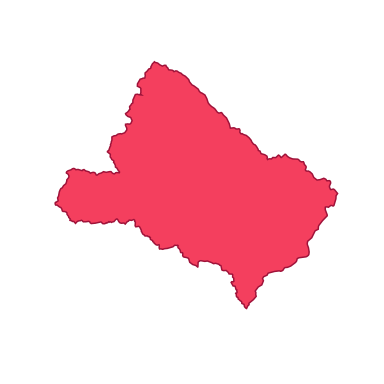 the district of Wiang Haeng, Chiang Mai, Thailand, rotated 321°
{"feature_id": "78962969B7919443073528", "entity_name": "Wiang Haeng", "entity_type": "district", "adm_level": 2, "iso_a3": "THA", "parent_name": "Thailand", "parent_adm1": "Chiang Mai", "projection": "mercator", "projection_center": [98.614, 19.591], "detail": "fine", "context": "isolated", "style": "filled", "palette": "rose", "viewbox_px": 384, "rotation_deg": 321, "n_neighbors": 0, "source": "geoboundaries", "source_scale": "gbopen_adm2", "svg_char_len": 6021}
<svg xmlns="http://www.w3.org/2000/svg" viewBox="0 0 384 384"><g transform="rotate(321 192 192)"><path d="M244.7,67.1L243.8,67.4L242.1,67.4L238.7,68.9L238.3,69.6L237.4,69.8L235.9,69.2L232.8,69.9L230.6,69.9L229.6,70.9L229.3,71.7L227.2,73.7L226.5,73.5L225.7,72.7L224.5,72.5L222.7,71.7L217.7,73.6L216.1,75.4L217.4,78.2L217.4,79.3L214.9,82.5L213.6,83.3L213.9,84.9L212.0,83.0L211.1,81.6L209.3,80.6L204.0,83.3L202.1,85.5L200.7,85.4L198.8,86.1L197.5,86.2L197.0,86.6L195.9,88.7L195.2,88.6L193.8,89.1L191.9,89.4L190.2,89.2L189.6,89.3L189.3,90.5L189.7,92.9L191.1,95.2L191.2,95.8L190.3,98.9L187.8,100.1L187.1,100.2L185.9,99.8L185.0,98.7L183.0,97.5L182.2,98.4L181.5,101.3L180.4,102.7L177.0,103.6L173.7,102.5L173.2,101.7L171.1,100.5L170.2,100.3L168.7,100.4L166.6,99.2L164.4,98.8L162.4,101.3L160.7,102.3L160.0,103.1L158.5,103.8L157.8,104.9L156.6,105.3L153.7,107.2L151.9,107.2L151.5,107.6L152.3,111.3L150.5,113.2L150.4,115.2L150.1,116.3L150.8,118.4L150.7,118.9L149.7,119.6L149.7,121.1L149.1,123.3L148.2,124.4L148.7,126.3L148.2,129.0L148.4,130.5L147.9,131.2L147.6,131.3L145.6,129.4L144.7,129.0L143.4,129.1L142.9,128.9L142.0,127.3L141.9,125.2L141.1,124.5L137.7,122.7L136.0,120.5L133.6,120.2L131.2,119.2L129.0,119.2L128.3,118.6L128.7,116.7L128.6,115.7L127.6,114.5L125.7,113.6L124.9,113.5L124.6,111.4L122.6,108.6L122.2,106.6L121.2,106.1L120.4,106.4L119.7,105.8L117.7,102.8L115.7,101.5L115.5,100.1L115.0,99.3L113.8,98.7L111.9,98.6L109.0,97.5L107.3,97.4L106.4,98.0L106.3,98.4L106.7,99.2L106.9,100.6L106.4,102.2L105.2,103.2L102.3,103.8L101.5,104.7L99.2,106.2L96.2,106.2L93.8,107.1L92.3,106.8L91.2,107.2L89.1,108.3L85.7,111.2L83.8,112.0L82.6,114.4L81.9,114.7L81.1,114.4L80.2,114.6L79.5,114.1L78.7,114.4L78.1,115.3L77.8,116.3L78.9,117.3L79.6,120.3L80.3,121.5L80.1,123.3L79.3,125.1L79.5,125.9L80.8,127.1L81.6,128.5L81.7,129.4L80.8,130.8L80.7,133.4L80.2,134.2L80.4,136.2L79.3,137.2L79.5,137.6L80.1,137.9L80.5,139.6L81.6,140.5L81.7,143.1L84.4,142.7L86.1,143.3L87.0,144.0L88.2,144.3L88.7,145.3L88.6,145.8L88.8,146.8L90.7,148.3L93.1,149.7L93.6,150.4L93.8,150.9L93.5,151.8L93.8,153.1L97.3,155.4L102.3,157.9L102.6,158.6L102.6,159.8L102.8,160.6L104.3,161.8L105.5,161.9L105.7,162.2L106.2,162.1L106.4,162.5L107.1,162.8L108.6,162.7L108.7,163.4L109.7,163.5L110.2,164.9L111.1,165.1L112.7,165.9L115.4,165.4L116.4,165.5L116.9,166.1L116.9,166.8L116.5,168.8L116.5,170.3L117.3,171.7L119.6,173.3L119.9,174.9L123.1,174.3L124.3,174.7L125.3,174.3L126.0,174.7L127.1,176.0L129.5,176.8L129.7,177.9L129.0,178.7L129.0,179.8L126.5,182.5L126.4,183.7L128.9,185.1L129.2,185.7L129.3,186.4L128.6,189.6L127.7,191.0L127.8,191.8L127.4,192.8L127.3,194.0L127.9,195.5L127.7,196.0L127.8,196.6L129.8,198.2L129.8,199.0L130.7,199.8L130.5,200.4L131.0,201.0L130.9,201.4L130.1,202.0L129.9,202.8L130.8,205.0L130.3,205.9L130.7,206.9L130.4,207.8L130.8,210.2L131.5,211.4L133.2,212.2L132.8,213.1L131.3,214.8L130.9,215.9L131.9,216.5L133.2,218.1L135.0,218.8L137.3,220.3L142.7,222.6L145.1,222.5L146.6,224.0L147.4,224.4L147.5,224.8L146.6,225.6L146.1,226.5L146.4,228.4L146.0,230.2L145.3,231.3L145.2,231.8L145.3,232.3L146.3,233.0L146.4,233.4L146.0,234.2L144.7,235.6L144.5,236.7L144.8,237.5L146.6,239.6L147.4,241.0L147.4,241.9L146.0,245.2L146.1,245.6L146.9,248.8L148.7,251.5L149.2,253.9L149.5,253.9L152.5,250.5L153.3,250.3L155.0,250.5L155.8,251.1L158.3,254.0L160.5,255.3L162.7,259.0L163.6,261.2L165.5,262.3L167.4,265.1L167.5,266.5L168.1,267.2L168.1,267.6L166.3,271.1L166.2,271.7L167.0,272.9L169.2,274.5L169.6,277.5L169.2,279.0L171.5,281.1L171.6,281.8L170.0,283.7L170.2,285.2L168.3,287.8L167.8,287.8L166.4,286.7L165.5,286.9L164.8,290.9L166.1,292.2L166.1,292.6L164.9,295.2L165.2,296.4L164.5,296.8L164.4,297.6L163.8,298.4L163.2,298.6L162.7,298.2L162.2,298.2L162.0,299.4L160.9,300.9L160.8,302.1L161.3,302.8L160.5,304.5L160.9,305.1L161.0,306.8L161.5,308.2L161.1,309.4L160.6,310.0L161.7,312.1L160.6,314.2L160.7,316.0L161.1,316.9L163.7,315.6L165.4,315.5L166.2,314.3L172.0,314.3L176.2,313.5L177.1,311.7L178.4,310.3L178.7,309.0L179.0,308.7L183.8,307.5L187.8,308.1L191.7,305.9L192.3,303.7L194.3,302.9L198.1,303.9L199.9,303.0L200.4,303.1L206.2,305.7L210.2,308.2L210.9,309.3L212.1,309.9L213.7,310.0L215.4,309.3L216.6,309.2L218.9,310.7L222.2,311.7L228.2,311.9L230.0,311.4L231.4,310.2L232.6,310.1L233.7,310.4L239.8,314.1L240.9,314.4L242.7,314.4L243.7,313.9L245.3,312.3L247.4,308.7L248.5,305.5L249.2,304.5L250.8,303.1L256.3,302.9L262.9,299.8L263.7,299.7L266.7,300.4L268.5,298.4L269.6,297.8L275.4,296.4L282.1,295.6L282.7,294.8L284.4,289.7L286.0,287.7L286.7,287.9L287.6,288.6L288.4,289.7L291.4,289.8L292.2,290.5L292.8,291.7L293.8,291.8L299.5,287.9L301.6,285.6L304.2,284.8L304.2,280.3L303.9,278.9L302.9,278.2L301.4,277.6L301.3,276.8L302.0,274.5L302.8,273.7L305.3,272.4L306.0,271.4L306.2,270.2L305.9,269.6L303.9,268.2L304.0,266.2L303.1,264.3L299.3,263.0L296.7,261.4L295.8,257.4L296.8,253.6L296.4,250.7L295.6,248.9L294.5,248.2L293.9,247.2L294.0,246.1L296.1,244.8L296.8,243.8L296.7,241.3L297.5,239.4L297.6,238.6L296.0,237.4L295.4,236.2L295.2,233.8L294.8,233.0L291.1,229.7L289.3,226.7L288.6,224.5L288.5,221.8L288.1,221.2L283.1,221.4L282.8,221.0L283.0,219.9L282.8,218.5L282.4,217.7L278.8,218.0L276.5,216.0L274.6,216.3L272.8,214.7L271.2,214.4L271.3,213.4L272.4,212.4L272.8,211.2L272.0,208.8L269.8,205.6L270.6,203.0L269.7,201.5L270.3,200.3L270.8,196.9L270.7,195.0L269.9,193.6L270.0,190.6L270.5,189.1L270.5,185.8L269.8,182.2L268.3,179.9L267.6,178.0L266.8,177.8L266.6,177.3L266.8,175.5L268.0,174.5L268.5,173.1L268.3,172.4L266.7,171.5L265.8,170.5L265.5,169.2L264.9,168.4L262.0,166.5L263.9,162.5L265.4,156.2L264.8,152.0L265.0,149.3L264.7,148.6L262.6,147.7L261.9,146.0L262.1,142.0L261.8,140.3L261.0,137.9L260.6,135.0L260.7,132.8L262.3,128.7L263.1,124.7L261.9,121.2L261.2,120.1L261.1,117.8L261.6,116.0L260.3,110.8L259.4,108.8L259.4,104.9L260.2,102.5L259.7,97.9L258.4,94.8L258.3,93.0L257.0,90.6L256.6,88.8L255.7,87.7L253.7,87.1L253.7,85.9L253.2,84.8L250.9,82.5L250.8,82.1L251.3,80.2L251.0,78.5L251.4,77.1L250.2,76.1L248.2,75.5L247.0,72.8L246.5,70.2L245.0,68.2L244.7,67.1Z" fill="#f43f5e" stroke="#9f1239" stroke-width="1.5"/></g></svg>